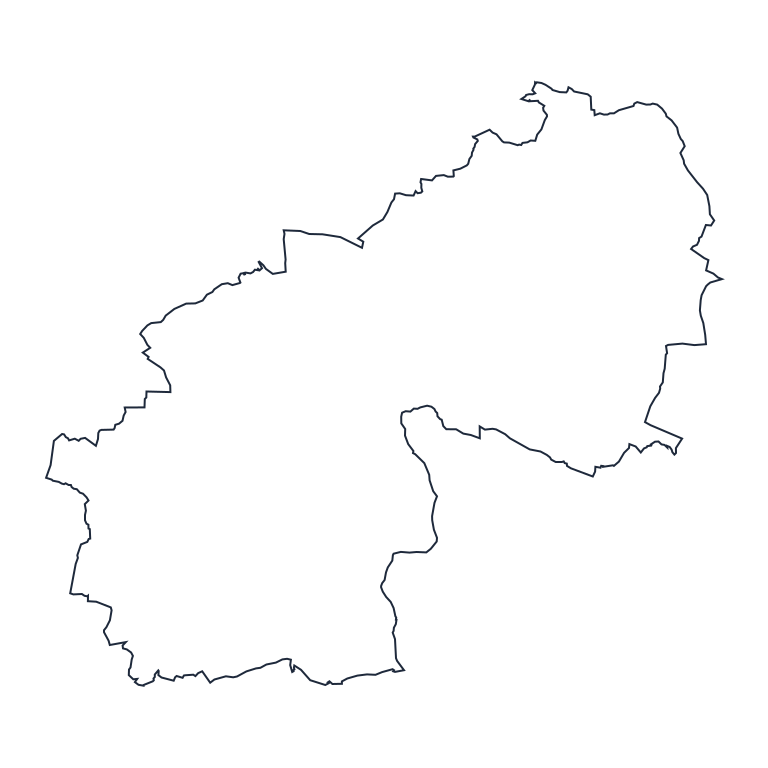 outline of Fizesu Gherlii, Cluj, Romania
{"feature_id": "2599482B28237894043014", "entity_name": "Fizesu Gherlii", "entity_type": "district", "adm_level": 2, "iso_a3": "ROU", "parent_name": "Romania", "parent_adm1": "Cluj", "projection": "equal_earth", "projection_center": [23.963, 47.003], "detail": "fine", "context": "isolated", "style": "outline", "palette": "slate", "viewbox_px": 768, "rotation_deg": 0, "n_neighbors": 0, "source": "geoboundaries", "source_scale": "gbopen_adm2", "svg_char_len": 6050}
<svg xmlns="http://www.w3.org/2000/svg" viewBox="0 0 768 768"><path d="M404.0,670.2L397.1,660.9L396.0,658.2L395.0,639.1L392.7,632.6L393.6,630.9L393.9,627.7L395.8,624.2L396.5,619.8L395.9,619.7L396.2,617.5L395.4,616.3L393.6,608.0L390.7,601.9L386.2,597.0L382.8,591.7L381.1,587.3L381.1,586.0L382.2,583.1L384.6,580.0L386.0,572.4L387.8,567.4L392.3,560.6L392.9,555.1L393.6,553.7L400.8,551.9L409.5,552.6L416.5,552.0L426.3,552.4L430.8,548.8L436.7,541.5L437.0,537.8L433.9,529.7L432.2,520.2L432.1,516.1L434.5,502.8L437.0,496.3L433.2,491.2L429.6,480.3L429.2,474.8L424.3,463.1L415.2,454.2L413.0,453.1L413.4,451.0L408.2,444.1L405.0,435.6L405.2,429.0L401.3,423.4L401.2,416.7L402.1,412.7L405.7,411.2L410.4,411.6L413.8,408.6L417.6,408.8L420.3,407.4L427.1,405.7L431.4,406.7L434.4,409.0L435.6,411.5L437.2,413.0L437.5,416.3L440.1,419.1L441.7,419.7L443.3,426.1L446.3,429.2L456.2,429.3L463.3,433.6L470.8,435.0L479.8,438.3L479.7,426.4L484.9,429.6L492.6,428.8L496.1,429.4L505.2,434.2L509.9,438.3L529.7,449.4L540.5,451.5L546.8,454.9L550.0,457.4L551.2,459.6L555.7,462.0L561.9,462.0L563.7,461.4L564.7,463.1L566.8,463.6L567.0,465.9L570.9,468.3L592.8,476.5L595.1,471.6L595.4,466.8L600.5,467.7L601.2,465.8L603.3,466.1L603.2,466.8L613.0,465.3L613.9,465.9L618.9,461.6L624.1,452.8L629.0,448.0L629.4,444.1L635.7,446.5L640.8,452.5L644.0,448.4L646.7,447.3L647.3,446.1L651.2,445.6L651.5,444.8L651.0,444.3L655.0,441.7L658.5,441.5L661.5,444.4L664.5,444.9L667.3,447.6L667.1,445.9L669.7,447.0L671.6,449.6L672.4,452.2L674.4,454.6L676.0,453.0L675.9,448.1L682.1,438.6L650.6,425.2L645.0,422.1L650.3,406.3L655.1,397.9L659.0,392.8L660.2,388.6L660.0,386.5L662.8,382.4L663.5,373.2L664.7,368.7L665.8,354.7L667.1,353.2L666.0,346.0L668.1,344.9L682.4,343.6L694.4,345.1L706.0,344.2L705.2,334.9L703.3,323.0L700.8,315.7L699.9,310.4L700.7,300.1L701.6,295.2L706.1,286.2L707.8,284.5L710.3,282.5L721.9,279.1L718.0,277.5L713.4,273.6L706.1,270.4L708.4,260.1L704.2,258.1L691.1,249.0L693.0,246.5L697.0,244.8L699.0,240.8L699.1,238.1L701.5,236.6L705.9,225.0L711.0,225.5L714.2,220.5L709.9,214.3L709.4,206.2L707.2,195.0L703.0,188.7L697.1,182.2L687.9,170.4L684.1,163.7L683.7,160.3L680.4,153.0L684.7,146.2L682.7,141.1L680.8,139.0L678.4,133.8L677.1,127.6L671.6,120.4L666.5,116.4L665.8,113.7L662.0,108.6L657.2,104.6L652.7,103.6L650.4,104.5L646.2,104.6L637.2,102.1L634.3,103.6L633.5,106.0L618.9,110.2L614.0,113.3L610.0,113.3L607.6,114.5L603.9,114.6L599.9,113.3L594.7,115.2L594.3,110.1L591.3,109.6L590.7,96.7L587.7,94.3L574.1,91.5L571.7,89.0L568.5,87.3L567.6,90.7L566.3,92.4L559.7,92.1L552.5,90.0L551.5,88.7L545.5,84.8L541.5,83.0L536.8,82.3L536.2,83.1L535.1,82.3L534.9,84.6L532.3,90.1L535.2,93.3L532.6,94.3L529.1,94.2L526.1,95.0L525.5,96.3L521.4,99.0L529.0,101.4L529.7,101.2L528.9,100.7L529.6,100.1L530.5,101.2L538.0,100.8L538.8,102.4L544.3,105.8L543.1,107.8L543.5,110.6L546.9,114.8L547.0,116.4L544.8,120.1L541.4,129.4L537.2,134.6L535.3,140.8L530.6,140.5L527.5,142.3L522.5,142.9L521.2,145.0L519.1,144.6L517.7,145.2L509.2,142.6L504.0,142.4L502.3,141.3L496.5,134.3L492.6,132.6L489.6,129.7L474.7,136.6L473.0,136.6L473.4,137.5L477.3,139.4L477.8,140.9L475.1,144.1L474.6,146.9L473.3,148.7L473.5,149.8L472.0,152.6L471.7,155.8L469.4,159.0L468.2,163.8L466.8,165.4L460.3,168.7L453.4,170.4L453.8,176.1L453.3,176.6L447.9,176.7L443.8,175.1L436.0,175.9L432.0,180.4L421.1,179.0L420.5,182.3L421.4,183.9L421.3,187.8L422.3,191.4L420.9,192.7L417.6,193.2L415.6,191.1L413.6,195.5L412.5,195.5L406.0,195.2L399.8,193.3L395.1,193.6L394.0,199.2L391.4,202.5L387.4,212.0L382.9,219.5L372.8,225.5L358.0,238.5L363.3,241.7L362.0,247.8L340.4,237.1L322.5,234.3L309.2,234.0L300.3,231.0L283.7,230.3L284.5,233.9L283.7,239.1L285.6,259.6L285.2,263.1L285.7,271.7L272.8,273.9L265.9,268.9L263.4,265.3L259.3,261.6L258.7,262.0L262.0,268.2L259.6,270.3L258.0,268.8L257.5,269.5L258.0,270.2L254.9,269.7L253.1,272.0L250.5,273.4L245.6,272.6L244.6,272.8L245.0,274.2L244.2,274.5L243.3,273.2L240.6,273.7L238.6,277.7L240.4,282.6L239.9,283.0L232.4,285.1L227.8,283.2L221.8,284.2L214.3,289.3L212.4,292.0L206.9,294.7L202.7,300.5L195.3,303.4L186.2,303.6L174.4,308.9L165.7,315.6L163.2,319.9L160.8,322.1L151.2,323.1L147.4,325.4L142.2,330.9L140.2,334.0L143.8,337.9L147.4,344.9L150.2,347.8L142.8,352.6L148.6,356.9L147.7,358.9L160.5,367.4L164.0,370.5L166.1,377.4L170.2,385.3L170.4,392.1L146.5,391.5L146.3,397.5L144.8,399.0L144.5,407.4L124.7,407.5L125.6,412.0L123.7,415.5L122.5,420.8L119.0,423.7L115.3,424.8L114.6,428.1L113.6,429.6L101.4,429.9L99.6,430.6L98.3,433.0L98.0,439.0L95.9,445.8L85.1,437.9L80.6,438.8L78.7,440.8L74.8,438.7L69.1,440.4L68.0,438.3L65.8,437.1L64.1,434.4L62.1,434.0L53.9,440.9L50.6,465.1L46.1,477.8L51.7,479.6L52.8,480.7L58.8,481.9L61.8,483.6L64.0,484.2L65.6,483.3L68.6,485.0L70.9,485.0L71.6,487.0L73.7,488.7L76.8,489.2L79.8,492.6L83.0,493.7L86.6,497.4L88.5,500.5L84.8,504.1L85.9,510.7L85.0,514.9L85.0,520.3L86.5,523.7L88.4,524.7L88.5,528.5L89.8,529.1L90.2,538.6L88.7,539.0L87.3,541.9L81.0,544.4L77.3,555.3L77.9,557.9L75.7,563.9L70.2,593.3L73.4,594.4L81.9,594.0L84.5,595.8L87.3,596.3L88.0,595.7L87.9,601.2L96.2,601.7L110.8,607.4L111.6,610.3L109.9,620.3L106.4,627.2L104.0,630.2L104.0,632.2L108.6,640.7L109.8,645.0L125.8,642.1L122.6,645.5L123.0,648.4L126.8,649.4L131.1,652.5L132.9,655.9L131.7,659.5L130.5,667.5L129.0,669.5L128.8,675.1L133.3,679.3L137.2,678.9L134.9,682.1L138.5,684.8L143.6,685.7L143.6,685.0L152.8,681.3L153.8,680.3L153.5,678.5L154.8,677.0L154.8,674.5L158.3,670.4L158.7,671.0L158.4,675.1L161.5,677.5L173.7,680.7L175.1,677.3L176.6,676.0L182.6,677.8L183.9,675.5L184.9,675.3L193.3,674.7L195.4,676.1L198.2,673.1L202.2,671.3L210.2,682.7L214.4,679.5L225.9,676.3L233.2,677.3L237.0,676.5L246.4,671.4L256.0,668.4L260.4,667.8L266.4,664.5L275.9,662.6L282.4,659.4L287.1,658.8L290.9,659.7L290.2,665.1L292.2,672.0L293.6,671.2L293.4,670.0L294.4,669.4L293.9,667.7L294.3,665.5L301.0,669.8L310.2,680.2L325.3,685.0L328.9,683.1L329.3,682.7L328.1,682.2L329.4,681.3L332.4,684.0L341.9,683.8L341.9,681.4L347.3,678.5L357.4,675.6L367.0,674.4L375.5,674.8L382.1,672.1L392.6,669.2L394.0,670.2L393.2,671.3L395.0,671.9L404.0,670.2Z" fill="none" stroke="#1e293b" stroke-width="2"/></svg>